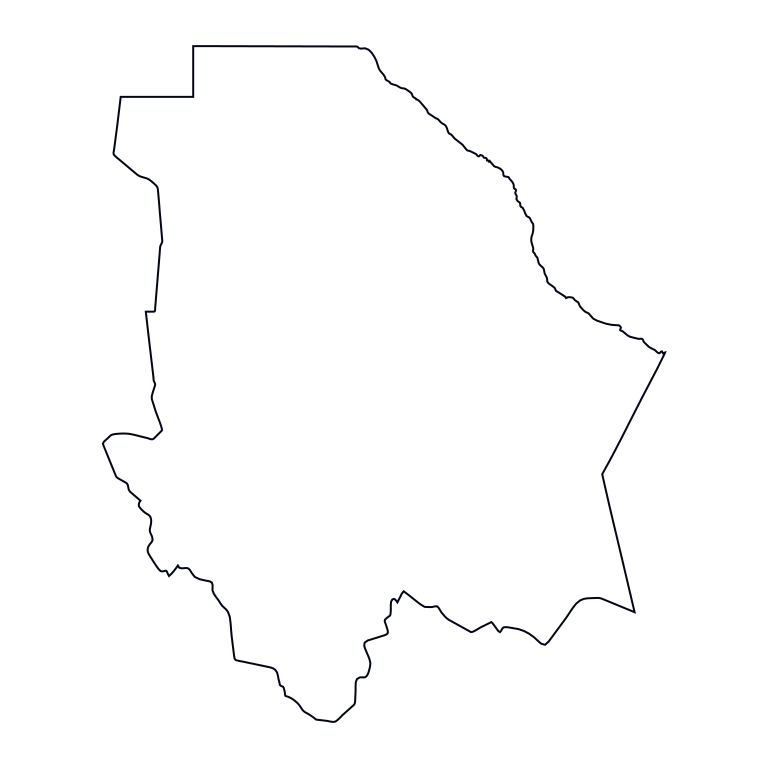 map outline of Chihuahua (Mercator projection)
{"feature_id": "MEX-2709", "entity_name": "Chihuahua", "entity_type": "State", "adm_level": 1, "iso_a3": "MEX", "parent_name": "Mexico", "parent_adm1": "", "projection": "mercator", "projection_center": [-106.749, 28.699], "detail": "fine", "context": "isolated", "style": "outline", "palette": "ink", "viewbox_px": 768, "rotation_deg": 0, "n_neighbors": 0, "source": "natural_earth", "source_scale": "10m", "svg_char_len": 6077}
<svg xmlns="http://www.w3.org/2000/svg" viewBox="0 0 768 768"><path d="M193.2,46.1L356.5,46.5L357.6,46.9L358.9,48.2L360.8,48.6L365.0,48.3L368.6,49.7L371.8,52.9L374.4,56.9L376.3,60.7L378.8,68.4L379.9,70.4L383.9,75.2L384.9,76.9L385.3,78.1L385.4,78.7L385.6,79.3L386.2,80.0L389.5,81.9L390.5,83.4L392.7,84.3L396.7,85.5L400.0,87.5L401.8,88.2L404.3,88.5L405.8,89.1L410.0,92.0L411.3,93.1L411.9,94.1L412.6,96.0L413.2,97.0L415.1,98.1L416.2,98.9L416.2,99.3L417.8,99.9L419.6,101.3L427.0,110.0L427.7,112.1L428.6,113.5L435.9,118.3L437.5,118.9L438.2,119.4L440.6,122.1L442.5,123.6L444.2,124.5L445.7,125.7L446.8,127.9L448.1,131.9L449.0,133.4L451.4,134.7L454.7,138.6L462.5,144.7L466.3,149.5L467.5,150.5L470.3,151.2L475.9,154.0L476.5,154.5L476.9,155.2L477.5,155.8L478.5,156.3L479.0,156.3L479.4,156.0L480.1,155.1L480.4,155.0L481.5,155.4L482.1,155.5L482.8,155.9L483.7,157.5L484.7,157.9L485.7,157.9L486.4,158.3L486.8,159.0L487.0,160.2L487.3,160.0L487.8,160.3L489.0,161.7L489.6,160.9L494.1,166.2L495.9,167.0L497.7,167.4L499.8,168.5L501.7,169.9L502.9,171.6L503.2,172.8L503.3,174.0L503.5,175.2L504.2,176.2L505.1,176.5L508.2,177.0L508.8,177.4L509.4,178.6L512.3,181.9L513.4,183.9L513.7,185.0L513.8,187.4L514.1,188.5L515.7,189.4L516.0,190.0L516.0,190.7L515.5,191.9L515.3,192.7L515.5,193.9L516.5,195.4L516.7,196.5L516.6,198.2L516.4,198.9L516.6,199.5L517.4,200.7L518.1,201.5L519.4,202.3L520.0,203.0L520.2,204.0L520.3,205.3L520.5,206.4L521.0,206.8L522.8,208.0L524.2,210.7L525.4,213.8L526.6,216.0L527.3,216.5L529.0,217.3L529.9,218.2L531.8,222.2L533.1,223.9L533.4,226.4L533.2,230.5L532.8,233.0L531.5,237.0L531.2,239.2L531.4,241.9L533.2,248.0L533.3,249.0L533.0,250.7L533.2,251.8L533.6,252.4L534.9,253.9L535.1,254.4L535.6,255.6L537.4,257.8L538.7,263.0L539.1,263.9L540.9,265.9L542.6,267.3L543.8,269.0L544.7,273.6L546.4,276.8L547.0,278.4L547.2,280.0L547.2,281.1L547.6,282.2L549.0,283.7L553.5,286.9L554.9,288.2L555.2,288.9L555.6,290.0L556.0,290.9L556.6,291.3L557.3,291.6L565.1,296.6L566.1,298.1L567.9,297.2L570.5,297.2L573.0,297.8L574.6,299.8L576.9,301.6L577.7,301.9L578.3,302.5L580.0,306.4L583.2,310.0L585.3,311.8L588.6,313.4L593.2,318.6L596.9,320.6L605.6,323.6L611.8,324.9L618.5,325.3L619.5,325.7L620.4,326.5L620.9,327.6L620.1,330.0L620.8,330.6L621.9,330.9L622.8,331.4L627.3,335.2L630.1,336.8L638.6,338.9L641.2,338.7L642.0,338.9L642.8,339.5L643.1,340.2L643.4,341.0L643.9,342.0L648.9,346.9L653.0,349.2L654.2,349.6L655.0,350.2L657.7,352.7L659.1,353.3L660.2,352.6L661.1,351.6L661.9,351.4L663.1,353.3L663.7,353.0L665.1,352.5L664.9,353.1L657.2,368.7L649.2,384.0L641.2,399.3L633.4,414.6L621.7,437.7L613.6,453.3L609.5,461.0L602.2,474.2L609.1,504.5L624.0,567.2L628.9,588.0L634.6,612.2L604.3,599.7L601.9,598.7L599.8,598.1L597.7,597.9L587.6,598.3L583.8,598.9L580.3,600.3L576.1,603.7L572.6,608.2L566.1,617.9L548.7,641.5L545.1,644.8L541.2,643.7L537.4,640.4L534.0,637.2L529.1,633.7L524.0,631.0L518.5,629.1L508.1,627.3L505.8,627.1L503.7,627.3L502.3,628.6L501.2,630.7L500.0,632.1L498.3,631.1L494.7,626.1L492.5,623.2L491.3,622.1L480.4,627.5L475.6,630.4L472.8,631.8L471.0,632.1L449.0,619.9L446.9,618.4L445.0,616.6L441.5,612.5L440.0,610.1L438.6,607.8L437.0,606.3L434.7,606.4L432.3,607.0L429.8,607.1L424.7,606.9L420.8,604.6L417.0,601.7L409.5,595.7L406.6,593.5L403.7,591.3L401.9,593.5L401.4,594.4L400.5,596.4L398.4,600.4L397.4,602.4L396.4,601.0L395.3,599.6L393.9,598.9L392.3,599.5L391.1,601.7L390.8,604.7L390.8,607.9L390.8,610.7L390.6,613.3L390.4,614.7L390.0,615.6L386.5,618.2L385.0,619.7L384.7,621.3L386.2,625.6L387.6,630.0L387.9,632.2L387.5,633.6L386.3,634.5L384.4,635.3L367.7,640.5L364.7,642.6L364.2,645.6L365.2,649.0L368.2,655.9L369.6,659.6L370.4,663.4L369.9,667.3L368.7,671.8L367.9,674.0L366.8,675.9L365.3,677.2L363.6,677.4L361.9,677.3L360.1,677.3L357.0,679.0L355.8,682.1L355.6,686.0L355.6,690.0L355.1,701.7L354.7,703.6L353.9,704.9L342.3,715.3L338.9,718.8L336.9,720.5L335.1,721.7L333.3,721.9L331.1,721.7L327.1,720.9L316.2,719.6L313.4,717.4L310.7,715.5L307.8,713.7L304.7,712.0L302.8,710.3L301.2,708.0L299.6,705.6L297.9,703.5L295.6,701.4L293.2,699.5L290.7,698.0L287.9,696.7L285.6,696.0L285.1,695.3L284.8,692.2L284.5,690.8L283.8,688.0L283.1,686.8L282.1,686.3L281.0,685.9L279.9,685.0L279.5,682.9L278.9,680.6L278.5,679.0L277.9,675.6L277.0,672.4L275.3,669.9L273.0,668.3L270.3,667.4L244.1,661.9L237.1,660.5L235.4,659.8L234.5,658.3L234.0,655.1L231.6,635.7L231.1,629.9L230.6,623.3L229.8,617.0L228.0,612.0L226.3,609.7L222.1,605.7L220.4,603.3L218.4,600.2L216.1,597.1L213.9,593.9L212.5,590.4L212.6,584.8L211.8,582.5L209.6,581.3L204.8,580.4L199.6,579.2L194.9,577.0L191.7,573.0L190.6,571.1L189.4,569.4L188.0,568.3L186.0,568.0L183.8,568.2L181.3,568.3L179.1,567.6L177.9,565.5L175.9,568.3L173.8,571.1L171.5,573.7L169.0,576.0L168.4,574.9L167.8,573.8L166.8,571.5L166.2,570.8L165.5,570.7L163.9,571.2L162.2,571.4L161.0,571.2L159.9,570.5L158.7,569.2L156.4,566.1L154.3,562.9L150.1,556.3L148.7,554.0L147.8,551.8L147.6,549.3L148.3,546.6L149.9,544.1L151.6,542.2L152.6,539.9L152.1,536.7L150.5,533.2L149.9,531.3L149.8,529.4L150.7,525.1L151.1,522.9L151.2,520.7L151.0,518.8L150.4,517.0L149.4,515.6L147.9,514.5L145.3,512.9L143.1,511.1L141.0,509.0L139.0,506.5L138.8,504.9L139.0,503.4L139.6,501.9L140.5,500.7L130.1,491.8L128.8,489.8L127.8,485.0L126.7,483.2L118.8,478.7L117.5,477.9L116.4,476.9L115.7,475.5L103.7,446.0L102.9,443.7L103.9,441.7L105.7,440.0L107.6,438.4L109.5,436.5L111.0,435.2L112.8,434.5L115.2,434.0L120.2,433.6L124.7,433.5L129.2,433.8L134.1,434.8L147.4,438.1L150.7,439.2L152.3,439.3L153.7,438.7L161.9,430.5L161.9,428.9L161.1,426.1L160.1,423.1L155.9,412.0L151.8,399.0L151.8,396.1L152.8,392.3L155.0,385.5L155.2,384.2L154.8,383.1L153.9,381.1L153.6,379.9L153.3,376.1L148.3,333.6L145.8,311.7L152.5,311.7L154.2,311.6L154.9,311.0L155.1,309.8L155.2,307.6L159.0,261.5L159.8,251.5L160.1,247.4L160.5,245.6L162.1,242.4L162.3,241.1L159.6,209.7L159.3,205.5L158.1,191.7L157.8,189.0L157.3,187.1L156.2,185.6L154.3,183.8L151.8,181.6L149.5,179.8L147.1,178.5L144.1,177.6L142.3,177.1L140.4,176.5L138.6,175.6L137.0,174.5L115.1,156.1L113.8,154.6L113.5,153.0L114.2,148.7L117.3,125.1L120.7,96.9L193.2,96.9L193.2,46.1Z" fill="none" stroke="#020617" stroke-width="2"/></svg>